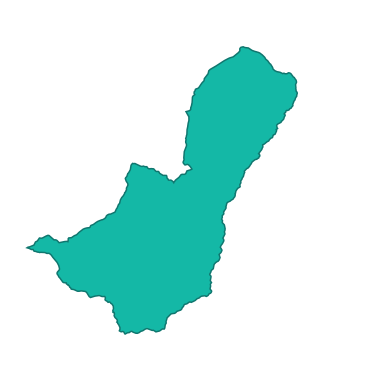 the district of Labateca, Norte de Santander, Colombia, rotated 43°
{"feature_id": "7082276B68163491076409", "entity_name": "Labateca", "entity_type": "district", "adm_level": 2, "iso_a3": "COL", "parent_name": "Colombia", "parent_adm1": "Norte de Santander", "projection": "robinson", "projection_center": [-72.516, 7.278], "detail": "fine", "context": "isolated", "style": "filled", "palette": "teal", "viewbox_px": 384, "rotation_deg": 43, "n_neighbors": 0, "source": "geoboundaries", "source_scale": "gbopen_adm2", "svg_char_len": 6074}
<svg xmlns="http://www.w3.org/2000/svg" viewBox="0 0 384 384"><g transform="rotate(43 192 192)"><path d="M235.5,342.6L236.4,341.3L237.0,341.0L238.0,340.9L239.4,341.6L240.0,341.4L240.8,339.0L242.0,337.6L242.3,335.9L242.6,335.4L243.2,334.9L244.5,334.7L247.2,333.6L248.4,332.6L249.2,331.0L249.6,328.8L250.6,327.1L251.3,324.2L252.0,322.9L252.7,322.3L257.2,320.4L258.2,319.4L261.0,318.9L263.1,315.7L263.8,312.2L265.1,311.3L264.9,310.1L263.0,307.4L262.5,305.4L261.5,304.7L259.6,300.9L259.8,295.6L260.2,294.8L262.1,292.5L262.4,291.2L262.4,289.5L264.3,286.0L264.3,284.6L263.8,283.3L263.8,281.5L263.2,280.1L263.3,279.1L264.5,277.3L265.1,274.4L265.5,273.8L266.7,273.2L267.5,271.4L268.3,269.2L268.5,266.6L269.6,264.3L269.6,262.8L270.1,261.6L272.3,259.0L273.6,258.7L273.9,258.2L274.3,256.7L274.0,254.8L274.6,253.3L274.5,252.2L274.2,251.4L273.8,251.0L271.3,250.6L269.8,248.1L268.4,247.0L268.1,246.2L268.1,245.0L265.9,244.4L263.7,241.0L262.9,240.5L261.5,240.4L261.0,240.0L260.5,238.0L259.6,236.2L259.9,233.6L257.6,230.0L257.5,229.4L257.5,227.3L257.9,225.6L258.3,224.9L258.2,223.1L257.2,220.8L254.4,219.2L254.5,216.5L253.8,214.4L253.2,213.9L250.4,213.1L249.7,211.4L249.5,209.1L248.6,206.0L247.5,205.1L246.3,204.8L246.0,204.5L244.8,200.4L244.2,199.8L242.9,199.1L242.2,197.5L241.2,196.2L238.1,194.0L235.0,193.7L233.7,192.0L232.2,191.7L231.5,189.9L230.3,188.8L230.2,186.3L229.1,185.4L228.5,184.6L228.6,184.0L228.3,183.4L228.3,182.4L227.9,180.7L227.6,180.2L226.8,179.9L226.7,179.2L225.1,176.5L225.2,174.8L226.2,172.5L226.2,171.5L226.9,169.2L226.6,167.9L226.5,166.2L225.6,164.6L224.6,163.8L224.6,163.1L223.6,161.7L223.1,159.6L223.0,158.1L223.1,157.4L223.6,156.0L223.6,155.3L222.0,154.1L221.5,152.0L220.0,150.5L219.9,148.9L219.2,147.4L219.0,145.6L217.4,142.7L217.3,141.9L216.1,141.1L216.1,138.3L216.1,137.4L216.6,136.5L216.6,134.2L216.2,132.5L216.1,131.2L215.5,129.1L216.0,125.5L217.1,123.7L217.1,122.8L217.6,121.7L217.1,120.4L217.1,119.6L217.0,119.3L215.6,118.4L214.6,118.6L214.0,113.2L213.5,112.2L213.1,110.7L211.5,109.3L212.2,107.5L212.6,104.2L213.3,102.3L212.9,100.8L213.1,98.6L213.7,97.4L213.4,96.5L212.9,95.8L212.6,94.6L213.3,93.4L213.3,92.9L212.1,89.5L210.9,88.8L211.3,87.7L211.3,87.1L210.0,86.8L209.4,86.2L208.8,85.9L208.3,84.9L208.4,83.7L209.6,80.4L209.1,79.2L209.4,78.4L209.3,76.0L208.3,74.2L208.0,72.6L207.2,72.0L206.3,72.1L206.0,71.7L205.9,71.3L206.2,70.1L205.5,68.6L205.6,67.8L206.3,67.2L207.0,65.6L206.7,64.6L207.3,63.2L207.0,61.8L207.0,60.4L206.7,59.8L205.8,59.1L205.2,57.2L204.7,56.5L204.5,54.5L203.5,52.4L203.3,50.6L202.1,49.1L202.0,48.5L201.4,47.8L200.5,47.3L199.9,47.4L199.0,47.0L198.6,46.4L197.4,45.8L197.2,45.2L194.5,42.8L193.5,40.3L191.8,39.2L189.9,38.9L188.7,38.5L187.8,38.8L183.6,38.0L182.3,38.3L181.2,39.1L180.8,40.7L179.4,42.1L178.2,42.4L177.7,43.5L174.7,44.4L172.0,46.1L169.8,46.8L167.4,46.8L165.9,45.9L162.3,44.9L161.2,45.1L157.8,44.4L155.4,44.6L153.4,43.9L149.9,43.8L146.9,44.1L145.4,44.6L141.7,46.5L139.3,47.5L135.0,48.2L132.1,50.3L130.4,50.9L129.1,52.8L129.1,54.1L129.4,54.8L130.7,56.0L130.9,58.2L130.1,64.2L129.8,65.4L128.3,67.9L127.7,69.2L126.1,73.7L123.6,83.6L121.7,89.9L121.6,91.9L123.1,94.5L123.7,100.7L124.9,102.3L124.9,105.6L125.8,111.2L125.5,112.4L124.7,113.8L124.5,114.6L125.2,115.9L125.3,117.2L126.2,118.4L127.6,118.9L127.3,120.8L127.6,122.3L131.1,126.5L132.9,129.5L133.6,131.2L134.8,132.6L134.8,133.6L134.4,134.8L132.8,137.3L137.6,138.9L138.1,138.8L140.9,141.7L142.3,144.3L144.4,147.3L145.9,149.8L149.1,153.5L149.4,154.4L150.4,155.9L150.8,157.1L152.0,157.8L152.8,159.2L153.7,160.1L155.2,160.7L156.5,162.0L158.8,167.7L162.8,172.7L164.1,173.7L165.1,176.2L165.7,176.7L168.1,177.1L168.8,176.6L169.6,175.1L170.8,174.5L173.4,174.6L176.3,175.3L175.9,176.6L173.9,180.0L174.9,182.9L174.6,183.9L174.3,184.4L173.1,185.4L172.4,186.3L172.2,187.0L172.5,190.2L171.8,194.7L172.1,196.2L171.9,197.0L172.2,197.6L170.8,197.3L168.7,197.6L168.1,198.0L167.1,199.1L166.5,199.3L165.7,198.9L164.2,198.8L162.6,197.5L161.9,197.4L159.2,199.8L158.0,199.8L157.3,200.1L155.5,200.4L154.2,199.9L153.6,199.9L153.2,200.0L152.1,201.2L151.1,201.5L148.2,201.2L146.1,202.8L145.3,203.9L144.3,204.5L143.6,204.7L141.7,204.3L140.3,205.6L138.8,206.2L138.0,207.4L137.0,208.1L130.8,210.1L129.7,211.3L129.1,211.5L129.0,212.8L129.2,214.0L131.7,217.8L132.5,221.1L132.5,222.4L133.7,225.0L133.8,227.0L134.1,227.7L136.6,229.0L138.9,229.5L140.1,230.3L140.6,231.1L141.4,233.9L142.5,235.0L143.3,237.4L143.3,238.6L143.8,239.2L144.3,241.4L144.4,244.0L145.0,246.5L146.8,249.7L146.8,251.3L148.2,254.9L148.3,256.1L149.3,259.0L149.3,259.5L147.4,263.9L146.5,264.7L145.8,266.5L145.7,267.9L146.3,269.5L146.2,271.1L145.6,273.0L144.8,274.2L143.2,277.6L142.7,279.3L142.0,283.1L140.9,285.3L140.9,285.9L141.4,287.3L141.3,288.0L139.6,290.0L138.5,291.7L137.7,293.5L136.9,298.6L136.8,301.9L135.7,304.3L135.0,307.6L133.2,309.6L133.3,310.6L134.4,311.7L135.1,313.0L134.4,313.2L132.8,314.9L129.4,319.7L126.4,319.5L125.5,319.7L124.5,320.3L123.8,321.1L117.2,321.3L116.2,321.9L115.3,323.8L114.0,327.6L113.4,328.5L111.8,329.7L112.3,333.3L111.6,335.3L112.6,338.6L110.6,343.0L109.7,344.1L109.4,345.3L111.4,344.3L113.8,343.6L115.0,342.4L116.9,343.0L118.3,342.0L119.7,341.5L120.9,340.6L121.8,340.2L122.6,339.2L125.7,336.6L127.7,335.9L128.9,334.7L129.7,334.2L132.0,334.1L134.9,334.7L141.4,335.5L144.7,336.7L147.1,338.2L148.0,339.2L148.2,342.4L148.6,343.4L149.9,344.2L151.0,344.2L152.3,344.9L153.9,345.0L159.0,346.0L159.9,345.8L162.1,344.2L162.7,344.8L164.1,344.7L164.6,344.3L165.0,344.7L166.3,344.4L167.4,345.0L168.7,344.9L169.9,345.4L172.2,343.9L175.8,342.7L177.0,341.7L178.5,339.8L181.8,337.5L183.4,337.3L188.1,338.6L189.7,338.4L192.0,334.4L194.5,331.3L195.1,330.8L197.5,329.8L199.4,328.0L200.4,328.2L200.9,328.5L201.7,329.9L202.5,330.3L204.0,329.9L205.9,329.9L206.4,328.9L207.4,328.5L208.7,328.8L209.4,328.5L212.0,329.0L214.1,330.8L215.2,333.1L216.0,333.2L216.3,333.9L216.7,333.8L216.9,333.3L217.4,333.3L218.5,334.1L219.4,335.6L221.3,336.3L224.1,336.4L225.6,337.4L225.7,338.4L226.5,338.3L227.3,338.8L229.0,339.1L231.8,340.3L233.0,341.6L233.3,342.8L233.6,343.1L235.5,342.6Z" fill="#14b8a6" stroke="#0f766e" stroke-width="1.5"/></g></svg>